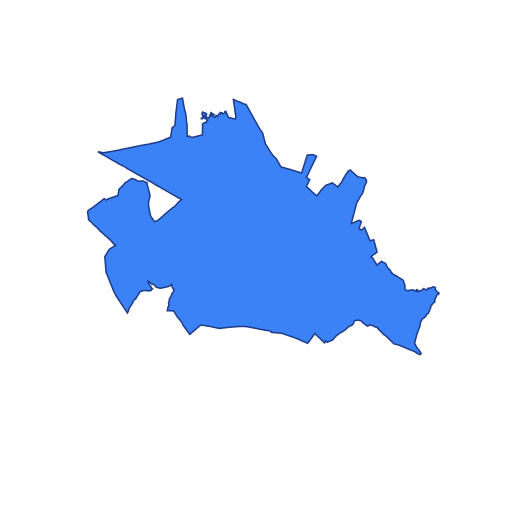 the district of Solosuchiapa, Chiapas, Mexico, rotated 137°
{"feature_id": "50627088B80636009912832", "entity_name": "Solosuchiapa", "entity_type": "district", "adm_level": 2, "iso_a3": "MEX", "parent_name": "Mexico", "parent_adm1": "Chiapas", "projection": "mercator", "projection_center": [-93.008, 17.395], "detail": "fine", "context": "isolated", "style": "filled", "palette": "blue", "viewbox_px": 512, "rotation_deg": 137, "n_neighbors": 0, "source": "geoboundaries", "source_scale": "gbopen_adm2", "svg_char_len": 6117}
<svg xmlns="http://www.w3.org/2000/svg" viewBox="0 0 512 512"><g transform="rotate(137 256 256)"><path d="M149.7,294.9L166.0,285.6L172.4,296.7L177.0,304.2L174.8,313.1L175.1,317.0L174.6,321.5L172.7,331.3L167.1,341.8L166.9,345.2L159.9,373.6L161.6,376.2L162.3,378.7L163.7,381.2L165.8,385.9L175.7,371.7L176.9,370.7L177.8,370.3L181.6,376.1L179.4,382.5L180.6,382.7L180.9,381.9L182.3,382.1L182.6,382.0L183.0,382.2L183.0,383.5L184.4,385.4L185.1,384.3L186.7,385.2L188.9,384.1L189.4,386.0L191.2,385.2L191.7,385.8L192.2,387.2L190.3,388.0L190.7,389.7L192.8,388.9L193.3,389.2L190.5,391.9L194.4,389.9L196.4,389.1L196.8,389.5L197.7,392.3L196.9,392.6L195.3,393.5L195.3,394.1L195.4,395.0L196.0,395.2L196.7,397.6L198.3,397.2L199.7,393.8L202.2,393.9L202.4,393.7L201.8,393.1L201.1,392.8L198.9,394.0L198.3,394.0L198.0,393.5L198.3,392.7L199.1,392.0L198.9,392.0L199.2,391.2L198.9,388.2L200.7,388.2L201.3,387.5L202.9,388.8L205.1,389.0L212.6,381.1L222.0,386.4L222.7,387.5L223.0,389.3L224.4,389.9L224.6,390.6L216.9,399.0L215.2,401.6L211.9,405.8L211.0,407.3L210.2,408.2L207.8,412.8L205.8,415.9L202.1,421.6L206.7,423.9L217.8,414.6L220.5,412.0L226.3,406.8L228.8,406.8L229.3,406.7L229.7,407.1L237.5,401.1L239.6,402.0L248.7,405.5L253.0,407.8L255.6,409.6L256.5,409.9L267.2,416.9L268.7,417.4L269.1,417.3L268.6,417.6L290.1,430.8L297.3,435.7L300.5,440.1L299.6,436.6L297.5,430.6L296.3,426.1L294.4,420.3L293.6,417.2L291.1,410.5L290.3,406.7L289.6,405.0L286.9,395.9L286.3,394.8L286.4,394.6L283.6,385.7L283.6,385.2L282.1,381.4L281.6,379.5L281.2,377.8L280.4,374.9L279.5,372.7L278.1,367.7L277.5,366.6L277.4,365.3L276.4,362.5L275.9,360.5L274.6,356.6L273.2,351.7L271.9,348.2L273.2,348.1L275.9,348.2L281.9,347.7L282.0,347.8L283.5,348.0L284.0,348.2L287.2,348.3L290.2,348.6L302.2,348.9L303.7,349.1L307.0,350.4L306.8,351.1L306.4,352.7L306.0,356.4L304.9,358.8L301.4,364.3L299.9,366.4L298.4,368.2L294.2,371.1L293.2,371.6L291.8,373.3L290.9,374.9L286.8,382.6L285.6,384.1L286.6,385.3L287.0,387.0L287.6,388.1L291.2,391.1L292.2,394.3L293.5,396.8L294.2,397.6L297.8,398.1L299.5,398.2L301.2,398.9L302.8,398.6L306.4,398.3L310.9,398.2L313.1,396.3L315.7,394.4L325.3,398.7L327.2,398.7L327.9,401.5L341.3,402.7L347.5,403.7L348.9,403.3L353.7,396.6L353.6,394.7L353.2,392.4L353.5,390.4L352.9,385.1L353.0,380.4L352.7,378.4L352.4,373.6L352.1,373.2L352.1,371.3L351.7,367.8L351.7,366.1L351.5,365.1L351.6,364.0L351.8,364.0L351.9,360.8L351.4,359.6L358.9,361.0L367.1,358.6L376.3,346.9L376.5,346.9L384.1,327.2L385.0,324.0L384.9,324.1L385.6,321.6L388.9,302.0L386.7,302.8L385.7,303.8L385.4,303.6L384.4,304.3L378.3,305.8L377.1,306.4L377.1,306.5L374.7,307.0L373.5,306.6L373.1,306.8L365.1,309.0L362.9,307.9L362.0,307.6L359.1,305.0L359.3,304.8L357.0,302.6L356.5,302.4L355.9,302.4L355.2,302.9L354.2,302.5L354.2,304.0L353.6,306.3L353.8,307.1L352.8,310.1L352.2,311.2L351.9,309.8L351.5,306.8L350.7,305.7L350.1,304.6L349.9,303.9L350.2,302.9L350.2,301.1L348.2,297.9L346.8,296.9L341.0,293.5L339.1,292.8L338.3,292.7L337.1,292.8L337.0,292.4L338.0,291.2L338.8,289.7L338.9,289.0L338.7,287.7L339.6,287.0L341.2,286.1L343.2,285.8L343.8,285.3L344.7,284.9L347.4,283.9L348.4,283.8L349.8,282.6L350.7,282.1L352.6,280.7L353.1,279.5L355.2,278.6L355.9,278.1L356.7,277.8L357.2,276.8L358.2,276.5L353.7,272.1L355.1,265.1L355.3,260.7L355.8,256.9L356.6,254.9L357.9,243.8L343.9,243.3L341.2,240.5L339.1,237.5L338.1,236.5L332.2,228.0L324.1,222.1L316.5,216.0L312.5,212.4L309.7,209.0L304.4,201.7L300.6,196.4L300.4,195.9L297.9,193.1L296.6,190.9L296.8,189.6L290.0,182.1L282.8,168.6L277.8,156.9L265.8,159.1L265.2,145.8L262.9,146.4L262.9,144.4L258.1,142.6L256.4,142.3L252.4,142.9L247.3,142.4L242.9,141.3L239.3,141.1L236.3,141.1L233.2,140.0L230.9,140.0L228.6,141.5L226.8,140.8L224.7,139.1L223.3,136.5L223.3,133.7L222.7,130.5L222.2,128.5L220.4,128.4L219.2,127.1L218.0,125.2L217.2,122.7L215.9,120.9L216.0,120.3L216.4,120.0L216.1,111.1L215.6,109.3L215.0,97.6L212.7,94.2L210.2,88.8L207.8,83.5L205.3,78.2L204.4,74.4L203.8,72.7L203.1,71.9L201.8,72.0L201.3,73.6L200.9,76.8L200.8,79.8L200.0,82.0L199.6,83.9L198.0,85.0L192.9,88.3L188.1,90.9L184.1,92.8L181.3,95.1L177.6,96.5L173.3,96.0L171.2,96.8L170.3,96.9L168.9,96.6L167.1,97.5L166.3,97.6L164.6,98.7L163.5,99.0L162.9,99.4L162.7,99.9L161.8,100.6L161.3,100.7L160.2,100.2L159.4,100.6L158.8,100.7L157.4,100.8L157.3,100.5L156.4,100.5L155.7,101.4L155.4,102.0L154.9,102.3L154.3,102.3L153.8,102.5L153.8,102.8L153.4,103.1L151.6,103.3L150.8,104.1L149.9,104.2L149.6,104.1L149.1,103.5L148.0,103.6L147.5,104.1L147.5,104.7L147.8,105.0L148.0,105.6L147.7,107.4L147.9,107.9L147.9,109.2L146.4,110.3L146.4,110.9L147.4,112.5L147.8,112.9L149.3,113.2L150.7,113.9L152.3,115.2L152.7,115.2L153.5,114.5L154.0,114.5L154.4,114.7L154.9,115.9L155.7,117.9L156.4,117.7L157.3,117.9L158.6,117.9L159.3,118.1L159.6,118.6L160.8,119.2L162.2,119.4L162.3,120.0L162.0,120.2L161.4,120.5L161.0,120.9L161.1,121.5L161.3,121.7L161.8,121.9L162.4,121.4L162.9,121.3L163.1,121.3L163.7,122.0L163.7,122.9L163.9,123.5L164.2,123.7L164.4,124.3L165.4,125.1L166.5,125.7L167.0,126.2L168.0,126.8L169.3,127.9L169.5,128.3L169.7,130.0L167.2,132.9L166.6,133.9L166.4,134.8L165.9,136.0L165.3,136.5L165.0,137.9L165.1,139.1L166.0,141.9L166.1,142.7L166.5,143.4L166.6,145.0L166.8,145.7L167.6,146.8L167.6,148.0L168.0,148.6L168.3,149.3L168.1,150.9L168.4,151.7L168.4,152.2L167.8,152.8L167.5,153.7L167.6,154.3L167.6,156.6L167.9,157.5L166.5,161.3L166.5,162.9L167.3,164.4L167.8,166.5L171.5,166.8L173.7,166.8L172.9,170.9L172.1,174.7L172.7,176.9L169.5,176.9L166.6,176.3L164.7,176.4L158.8,187.6L162.2,189.4L157.1,202.9L161.1,203.0L162.0,205.7L155.4,209.4L156.3,211.9L164.3,214.7L152.8,221.9L146.4,226.0L146.2,226.2L144.5,226.6L138.6,228.5L137.3,228.8L135.8,229.0L133.8,230.1L132.7,230.5L129.3,232.9L128.1,233.3L126.2,234.2L125.1,234.4L123.4,236.3L123.1,239.1L124.4,240.2L125.7,241.9L127.6,244.5L127.6,245.8L127.9,247.2L128.0,250.1L128.3,251.9L128.3,254.5L128.6,254.7L131.0,255.2L137.8,253.5L143.5,251.4L144.9,251.5L147.3,251.0L147.7,251.1L149.1,250.7L150.3,257.5L154.7,259.2L156.6,260.1L162.4,259.9L170.5,258.5L171.3,264.8L171.3,267.8L171.8,272.5L164.7,275.1L165.5,279.1L143.7,287.6L145.2,291.3L149.7,294.9Z" fill="#3b82f6" stroke="#1e3a8a" stroke-width="1.5"/></g></svg>